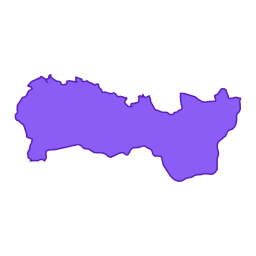 the border of Košický
{"feature_id": "SVK-1057", "entity_name": "Košický", "entity_type": "Region", "adm_level": 1, "iso_a3": "SVK", "parent_name": "Slovakia", "parent_adm1": "", "projection": "orthographic", "projection_center": [21.122, 48.674], "detail": "fine", "context": "isolated", "style": "filled", "palette": "violet", "viewbox_px": 256, "rotation_deg": 0, "n_neighbors": 0, "source": "natural_earth", "source_scale": "10m", "svg_char_len": 5440}
<svg xmlns="http://www.w3.org/2000/svg" viewBox="0 0 256 256"><path d="M240.6,98.5L240.4,98.7L239.8,100.7L239.7,101.9L240.0,103.2L240.3,108.4L240.1,109.5L239.4,111.3L238.5,112.6L237.5,113.4L236.8,114.4L236.5,116.5L236.7,119.9L236.1,123.2L234.9,126.1L233.2,128.4L232.0,129.2L229.3,130.1L228.0,131.0L227.2,132.1L226.2,134.6L225.6,135.8L218.9,141.3L217.4,143.9L217.2,147.1L218.5,153.4L218.2,155.8L217.1,158.4L217.1,169.6L215.2,172.2L213.4,173.7L211.5,174.2L205.3,173.7L203.4,173.8L201.5,174.5L196.1,174.9L194.6,175.5L191.4,177.3L187.0,178.0L181.6,180.9L178.5,181.2L175.2,180.1L172.4,178.1L170.0,175.2L164.1,166.3L163.2,164.6L161.8,158.2L160.9,156.4L159.2,156.0L155.3,156.1L153.7,155.3L153.0,154.2L152.0,151.2L151.3,149.9L150.5,149.1L148.6,148.4L145.1,146.3L143.6,145.8L138.2,147.6L134.7,147.6L133.0,148.0L131.0,149.2L130.1,150.7L129.5,152.3L128.3,154.1L126.8,155.0L125.6,154.4L124.3,153.4L122.4,152.5L119.0,153.3L111.0,157.2L108.4,156.6L106.3,154.5L103.4,153.2L100.4,152.6L97.8,152.8L94.1,152.5L88.5,149.0L85.2,148.7L83.7,148.3L80.7,145.4L79.1,144.6L77.4,144.6L55.5,149.5L49.1,149.9L46.1,151.1L46.0,152.3L45.9,153.6L46.1,156.3L46.1,156.8L46.2,157.4L46.1,158.0L46.0,158.5L44.6,160.6L44.4,160.8L42.6,159.5L40.3,159.5L39.6,159.8L37.8,160.7L36.9,160.8L35.3,160.5L30.9,160.9L30.4,160.8L30.4,160.6L30.5,160.4L30.6,160.1L30.8,159.8L30.9,159.6L30.7,159.3L28.9,158.1L28.4,157.6L28.1,157.1L28.2,156.7L28.2,156.3L28.2,155.9L28.1,155.4L27.8,154.7L27.7,154.2L27.6,153.5L27.8,152.5L28.1,151.8L28.5,151.0L29.1,150.1L29.4,149.5L30.2,145.8L30.4,144.9L30.7,144.4L31.0,143.9L31.2,143.5L31.4,143.1L31.6,142.6L32.0,140.6L32.3,139.5L32.3,139.3L32.1,139.1L31.2,138.7L30.3,138.3L29.9,138.1L28.8,138.0L28.1,137.7L27.2,137.2L26.8,136.9L26.6,136.6L26.6,136.2L26.6,135.9L26.7,135.6L26.8,135.3L26.2,132.5L24.1,126.2L23.5,125.0L18.3,120.6L18.1,120.4L16.9,120.2L16.1,119.4L15.7,118.4L15.4,116.5L15.4,115.6L15.4,114.9L15.7,114.5L16.0,114.1L16.6,113.6L17.1,113.0L17.5,112.3L17.5,111.5L17.2,109.9L17.2,108.7L17.3,107.2L17.4,106.8L17.4,106.3L17.3,105.6L17.8,104.7L22.7,97.4L25.1,96.8L26.6,95.3L27.8,92.3L28.5,91.3L29.1,90.7L32.2,88.8L30.7,86.8L29.4,86.4L28.2,86.2L27.9,85.8L28.0,85.5L29.2,84.4L30.5,82.6L31.0,82.1L32.4,81.2L36.9,79.2L37.6,78.6L37.9,78.5L38.2,78.4L38.4,78.6L38.7,78.5L39.2,78.3L40.8,76.7L41.2,76.5L41.5,76.6L41.7,76.9L41.8,77.0L42.6,77.2L44.9,78.8L46.4,81.2L46.8,81.6L47.0,81.7L46.9,81.4L46.7,81.3L46.5,81.0L46.3,80.6L46.2,79.8L46.1,79.5L46.2,79.2L46.5,79.1L48.9,78.3L49.3,78.1L49.2,77.8L48.7,76.8L48.8,76.3L49.1,75.8L49.9,75.0L50.4,74.8L50.9,75.1L51.0,75.5L50.8,76.6L51.0,77.1L51.5,77.6L54.2,79.7L56.7,81.2L58.8,81.4L59.7,81.6L60.2,81.9L60.4,82.3L61.6,84.4L62.3,84.7L63.4,84.8L64.7,84.6L65.8,84.1L66.2,83.9L66.5,83.6L67.0,83.1L67.1,82.9L67.0,82.7L66.8,82.1L66.7,81.8L66.7,81.6L66.8,81.4L67.3,81.2L67.9,81.0L69.8,80.9L76.2,82.0L76.6,81.9L76.7,81.7L76.8,81.6L76.6,81.4L76.1,81.0L75.9,80.8L75.8,80.7L75.8,80.4L75.8,80.0L76.0,79.4L76.0,78.9L76.0,78.6L75.7,78.0L75.7,77.7L75.8,77.3L76.1,77.2L77.2,77.5L79.6,78.6L81.2,79.0L81.8,79.3L81.9,79.6L81.4,80.1L81.5,80.4L81.8,80.8L83.0,81.4L83.6,81.6L84.1,81.6L87.3,80.9L89.4,82.7L91.5,83.1L94.4,85.0L94.8,85.1L95.0,84.9L95.1,84.7L95.4,84.5L96.0,84.3L97.4,84.1L98.0,84.1L98.4,84.3L98.7,85.2L98.7,85.6L98.7,85.9L98.7,86.3L98.9,87.1L99.4,87.8L101.1,89.4L101.4,89.8L101.4,90.1L101.5,90.5L101.7,91.0L102.3,91.9L102.7,92.3L103.1,92.4L103.5,92.3L103.8,92.2L105.2,92.1L109.1,93.4L111.1,93.6L111.6,93.6L113.4,93.0L113.9,93.0L114.3,93.2L114.6,93.4L115.1,93.7L115.5,94.0L115.8,94.3L116.0,94.6L116.3,95.1L116.8,95.6L117.7,96.5L118.3,96.7L120.4,96.3L121.9,96.9L122.9,96.9L123.6,97.2L124.3,97.8L124.9,97.9L125.4,97.9L126.1,97.6L126.4,97.7L126.5,97.8L126.5,98.1L126.7,98.7L126.7,98.9L126.5,99.1L125.9,99.7L125.7,100.0L125.6,100.3L125.0,101.1L124.8,101.4L124.7,101.7L124.7,102.1L124.7,102.4L125.9,104.2L127.7,106.0L128.9,106.5L130.1,106.7L131.5,106.5L131.8,106.4L131.9,106.2L131.7,105.9L131.2,105.5L131.0,105.3L130.9,105.0L130.9,104.7L131.0,104.3L131.2,104.0L131.4,103.7L131.8,103.6L132.3,103.5L133.8,103.5L134.3,103.4L135.5,102.9L137.1,102.7L137.5,102.6L137.8,102.4L138.2,102.1L138.5,101.4L138.8,100.3L139.0,98.3L139.0,97.8L138.9,97.4L138.5,96.8L138.7,96.5L139.0,96.2L140.0,95.9L140.5,95.9L140.9,96.0L141.6,96.6L142.0,97.1L142.3,97.2L142.5,96.9L142.6,96.3L142.7,95.1L142.9,94.8L143.1,94.8L143.2,95.2L143.3,95.6L143.5,96.1L144.0,96.6L145.3,97.3L146.1,97.4L146.9,97.2L147.4,96.9L147.6,96.6L149.1,95.9L150.3,98.9L150.4,99.6L150.6,101.2L150.9,102.1L151.5,103.3L152.0,104.1L155.0,109.5L161.5,112.0L164.1,112.4L165.9,112.3L166.8,112.4L167.5,112.7L169.5,114.2L170.6,114.5L171.6,114.6L172.4,114.5L173.0,114.3L173.4,114.0L173.6,113.8L173.8,113.5L173.9,113.0L174.0,112.8L174.7,112.5L177.1,112.0L178.7,110.5L180.7,109.8L181.3,109.4L181.7,109.0L182.0,108.1L182.1,107.4L182.1,106.9L181.9,106.2L181.4,104.9L181.2,104.4L181.2,104.0L181.2,103.0L181.1,102.7L180.7,101.1L180.6,100.5L180.6,98.4L180.5,98.0L180.5,97.7L180.4,97.4L180.5,93.4L184.3,93.5L194.3,96.6L195.7,97.3L196.3,97.7L196.5,97.9L196.5,98.2L197.1,98.7L201.8,101.5L204.0,102.0L205.9,102.1L209.0,101.5L214.9,101.3L215.3,101.2L215.5,101.1L215.6,100.6L215.6,99.9L215.3,98.4L214.8,96.9L214.7,96.6L214.7,96.2L214.7,95.9L215.1,95.4L215.4,95.1L217.6,94.2L221.3,88.9L224.1,88.8L225.9,89.8L226.2,90.4L226.3,91.0L226.4,91.6L226.6,92.3L228.2,96.1L228.3,97.1L228.4,97.9L228.8,98.2L229.3,98.4L232.7,98.2L235.3,97.3L235.8,97.3L240.6,98.4L240.6,98.5Z" fill="#8b5cf6" stroke="#5b21b6" stroke-width="1.5"/></svg>